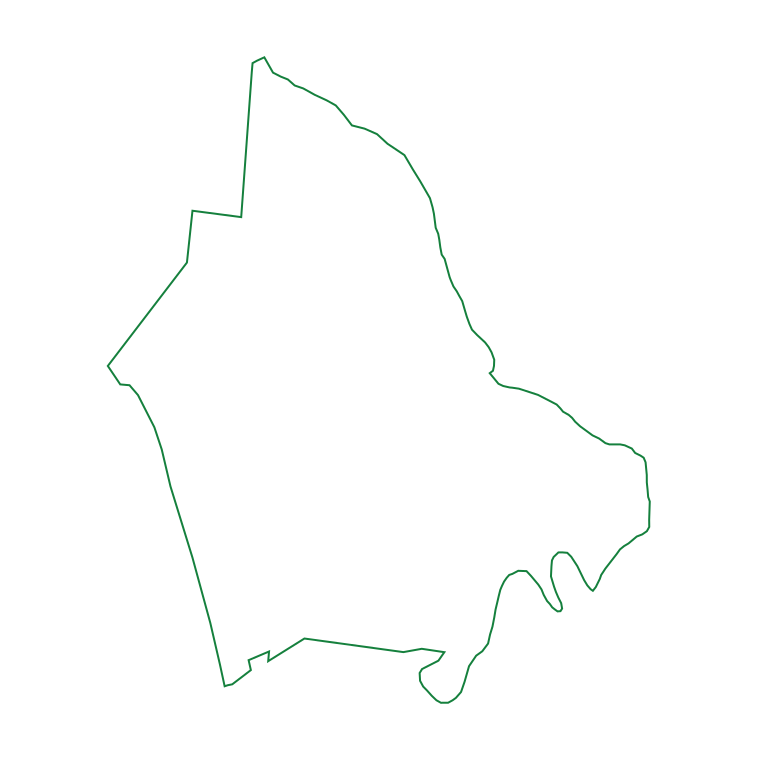 Kuala Langat, Selangor, Malaysia, rotated 185°
{"feature_id": "92858781B2422133740592", "entity_name": "Kuala Langat", "entity_type": "district", "adm_level": 2, "iso_a3": "MYS", "parent_name": "Malaysia", "parent_adm1": "Selangor", "projection": "equal_earth", "projection_center": [101.422, 2.81], "detail": "fine", "context": "isolated", "style": "outline", "palette": "green", "viewbox_px": 768, "rotation_deg": 185, "n_neighbors": 0, "source": "geoboundaries", "source_scale": "gbopen_adm2", "svg_char_len": 2306}
<svg xmlns="http://www.w3.org/2000/svg" viewBox="0 0 768 768"><g transform="rotate(185 384 384)"><path d="M516.4,69.0L513.4,70.3L509.0,71.6L491.7,87.4L494.8,97.1L475.2,107.5L475.2,97.8L441.1,123.5L341.3,118.6L323.3,123.5L300.5,122.1L305.7,113.1L321.2,103.4L323.3,99.2L322.2,91.5L318.6,86.0L314.5,82.5L309.3,77.6L304.2,73.5L299.5,71.4L292.3,72.1L288.1,74.9L285.0,77.6L280.4,83.9L277.8,94.3L274.7,110.3L268.5,121.4L262.8,126.3L257.7,134.5L256.5,143.7L254.8,151.7L253.8,161.1L253.2,169.1L252.2,175.8L251.2,182.9L250.2,189.1L248.9,193.1L247.2,197.6L244.9,201.6L242.6,204.7L239.6,206.0L234.0,209.6L225.7,210.0L220.8,205.6L212.8,197.6L209.2,193.1L206.5,187.8L202.6,182.0L199.6,179.3L197.0,176.2L194.3,174.4L191.3,172.6L188.4,173.1L187.0,175.8L188.4,181.1L191.7,186.4L194.6,191.8L197.0,197.1L200.9,206.9L201.3,217.1L201.3,222.9L199.9,226.5L197.6,229.1L195.6,231.4L191.7,231.8L189.4,231.8L186.7,231.8L182.4,228.2L175.5,219.4L167.5,206.0L163.9,201.1L160.3,197.6L157.9,196.2L155.3,200.2L152.0,208.7L151.0,212.7L149.3,215.8L147.4,219.4L137.4,234.9L134.5,239.8L130.8,243.4L126.5,246.5L121.6,251.4L118.9,254.1L113.6,256.7L109.3,260.3L107.3,264.7L108.0,271.8L109.0,290.1L111.0,294.5L112.3,302.1L113.6,308.8L114.3,316.3L116.6,328.8L118.9,333.2L122.2,335.0L127.8,337.2L131.5,341.3L138.8,343.9L143.4,344.4L154.3,343.5L158.3,344.4L164.9,348.4L171.8,351.0L178.4,355.0L185.0,359.0L190.3,363.1L193.6,366.6L197.3,369.3L203.2,372.0L206.2,375.1L210.2,378.6L229.7,386.6L249.2,391.1L256.1,391.5L258.5,391.5L265.1,392.4L270.0,394.2L279.6,404.0L276.6,406.7L276.0,411.6L276.3,417.8L279.6,424.9L282.9,429.8L286.9,434.2L291.5,437.8L295.5,440.9L301.1,445.8L304.1,451.2L307.4,458.3L309.7,464.1L313.3,473.4L316.7,478.3L319.6,482.7L323.3,487.2L326.6,493.4L327.9,496.1L334.5,513.9L337.8,517.9L339.8,525.0L341.5,532.6L343.1,538.4L346.1,544.1L349.1,557.9L351.0,564.2L354.4,573.1L365.6,589.1L373.9,600.2L383.6,613.8L401.4,623.6L412.7,632.3L425.6,636.7L438.5,638.8L447.4,648.6L456.3,657.3L465.9,661.6L478.1,666.0L490.2,671.4L499.0,673.6L506.3,679.0L513.6,681.2L521.7,684.5L531.7,699.0L538.7,695.0L542.9,692.2L542.9,683.2L540.8,537.8L589.9,539.9L590.9,487.8L660.7,377.9L646.7,360.6L637.4,360.6L628.1,351.5L609.0,320.9L599.7,299.4L587.8,263.4L559.7,194.4L536.2,130.8L523.0,90.3L516.4,69.0Z" fill="none" stroke="#15803d" stroke-width="2"/></g></svg>